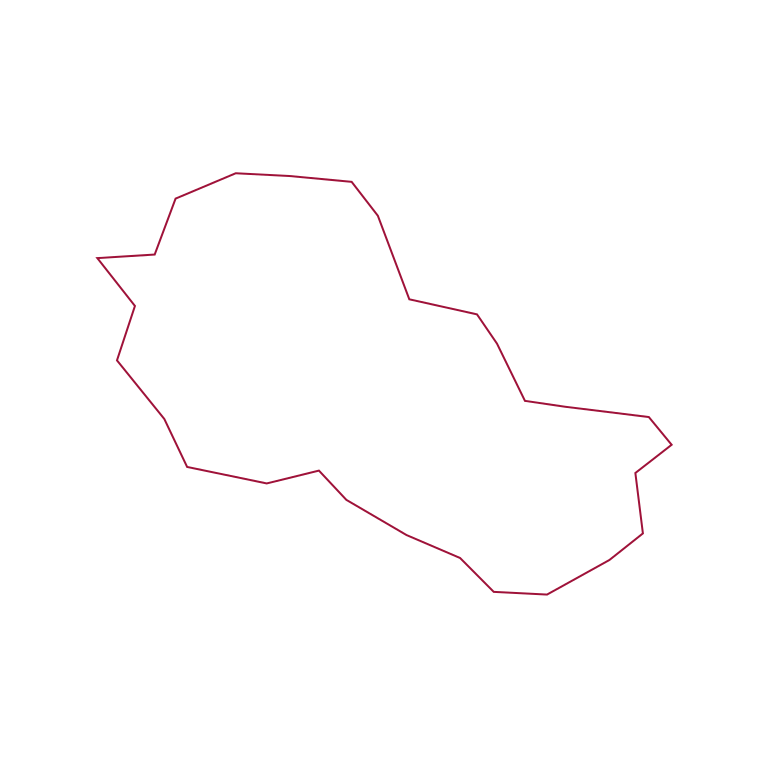 the district of Ergates, Nicosia, Cyprus, rotated 151°
{"feature_id": "46923920B33096207211340", "entity_name": "Ergates", "entity_type": "district", "adm_level": 2, "iso_a3": "CYP", "parent_name": "Cyprus", "parent_adm1": "Nicosia", "projection": "equal_earth", "projection_center": [33.23, 35.064], "detail": "fine", "context": "isolated", "style": "outline", "palette": "rose", "viewbox_px": 768, "rotation_deg": 151, "n_neighbors": 0, "source": "geoboundaries", "source_scale": "gbopen_adm2", "svg_char_len": 514}
<svg xmlns="http://www.w3.org/2000/svg" viewBox="0 0 768 768"><g transform="rotate(151 384 384)"><path d="M606.1,534.1L593.1,459.9L596.4,406.9L534.8,353.9L482.9,339.8L473.1,300.9L437.5,240.9L401.8,194.9L388.8,149.0L343.5,120.8L272.1,120.8L230.0,127.8L207.3,184.3L161.9,191.4L168.4,226.7L236.5,276.2L268.9,300.9L265.6,364.5L268.9,399.8L320.8,445.8L307.8,534.1L314.3,576.5L366.1,611.9L411.5,640.2L476.4,647.2L521.8,608.4L573.7,633.1L564.0,573.0L606.1,534.1Z" fill="none" stroke="#9f1239" stroke-width="2"/></g></svg>